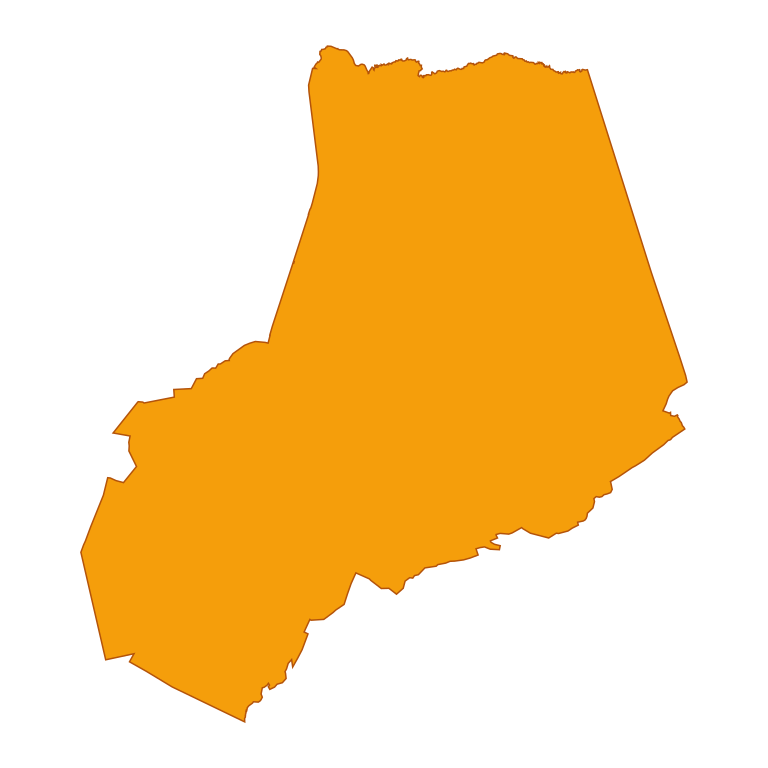 Ādažu pag., Ādaži, Latvia
{"feature_id": "27541924B55238306547203", "entity_name": "Ādažu pag.", "entity_type": "district", "adm_level": 2, "iso_a3": "LVA", "parent_name": "Latvia", "parent_adm1": "Ādaži", "projection": "albers", "projection_center": [24.403, 57.108], "detail": "fine", "context": "isolated", "style": "filled", "palette": "amber", "viewbox_px": 768, "rotation_deg": 0, "n_neighbors": 0, "source": "geoboundaries", "source_scale": "gbopen_adm2", "svg_char_len": 5841}
<svg xmlns="http://www.w3.org/2000/svg" viewBox="0 0 768 768"><path d="M687.1,382.1L685.6,375.4L679.5,356.5L651.3,272.4L587.4,69.7L585.3,70.1L582.6,69.4L581.9,69.8L581.9,70.9L580.5,71.9L579.7,71.4L579.9,70.3L579.6,69.7L578.7,70.0L577.5,69.8L576.7,70.6L575.5,71.0L574.7,72.4L573.8,72.4L573.1,71.8L572.4,72.2L571.1,71.9L569.9,72.8L567.3,71.7L567.0,71.8L567.0,72.8L566.2,73.0L565.5,72.5L565.3,71.5L564.6,72.0L564.0,71.5L563.0,72.4L562.4,73.8L561.1,73.8L560.6,73.3L560.6,72.3L558.7,73.3L558.2,72.8L558.5,72.1L558.3,71.7L556.1,72.1L554.9,71.1L553.6,70.6L552.9,69.4L550.9,69.3L549.5,67.3L549.7,66.1L549.4,65.7L548.9,66.5L547.9,67.1L547.1,66.9L546.8,66.1L546.0,67.1L545.3,67.1L544.9,66.0L544.3,66.4L544.0,66.1L543.7,65.6L544.1,64.7L543.4,64.4L543.2,63.8L541.9,63.9L541.8,63.5L542.1,63.0L541.8,62.5L540.9,62.8L539.9,62.3L539.8,63.1L539.4,63.5L538.2,62.3L538.0,63.3L537.6,63.6L536.3,63.4L535.8,64.1L535.0,64.2L533.5,62.6L530.7,62.3L529.5,62.6L528.2,61.8L527.2,62.1L526.2,60.9L525.6,61.3L524.8,61.1L524.1,59.9L522.9,59.7L522.3,58.8L517.7,58.5L516.0,56.9L515.1,57.0L514.4,57.9L513.6,58.1L512.9,57.3L512.8,56.9L513.1,56.3L512.8,55.8L509.4,55.3L507.7,53.8L504.4,53.0L504.2,53.2L504.7,54.2L504.1,54.8L503.4,54.2L502.2,54.4L501.5,53.7L500.1,53.4L497.4,53.9L496.6,55.2L492.9,56.1L491.7,57.1L489.9,57.7L487.3,59.7L485.4,60.0L484.8,60.6L484.3,61.9L482.5,62.9L478.9,62.3L477.8,63.2L476.9,63.3L476.3,64.3L474.9,64.3L474.2,65.0L473.6,64.6L473.4,63.6L472.1,63.8L470.7,63.1L470.0,63.6L468.9,63.3L467.9,64.1L466.7,66.2L464.1,66.9L463.6,68.5L462.1,68.4L461.7,69.3L460.2,69.3L457.9,68.2L457.0,68.7L456.2,69.8L454.6,69.2L453.7,70.0L452.2,70.1L451.4,70.8L449.9,70.8L448.1,71.5L447.3,71.3L446.7,70.3L446.1,70.3L445.3,71.6L444.7,71.8L443.1,71.2L441.9,71.5L439.3,70.6L437.3,71.2L436.6,72.8L434.9,73.8L432.1,71.9L431.7,72.4L431.7,74.1L431.2,75.1L430.4,75.3L428.4,74.7L426.3,74.8L425.9,75.7L423.7,75.6L423.4,75.9L423.9,77.0L423.2,77.7L422.3,77.1L421.8,75.8L421.2,75.3L420.3,75.3L419.5,76.6L418.1,75.6L418.1,75.1L418.5,74.1L418.4,73.3L418.8,72.4L419.0,71.0L420.7,70.5L421.1,69.6L422.2,68.9L421.3,67.1L421.4,65.3L420.2,65.5L419.7,64.2L418.7,63.2L418.6,62.7L418.9,62.0L418.8,61.3L418.1,61.2L416.5,62.1L415.6,61.4L415.5,60.3L415.0,59.8L412.1,60.0L410.9,59.4L408.3,59.8L407.7,59.2L407.7,58.1L407.4,58.0L407.1,58.5L406.5,58.8L406.2,60.0L404.5,60.9L402.9,61.0L401.4,60.2L401.8,59.5L401.6,59.2L400.6,59.4L400.0,60.0L398.6,59.9L397.9,61.0L395.9,60.7L395.4,61.9L394.4,61.9L392.3,62.7L392.1,63.5L391.6,63.8L391.4,63.3L389.8,63.9L389.0,63.1L387.9,63.8L388.1,64.6L387.1,64.3L385.9,65.0L384.7,65.0L384.0,64.0L382.6,65.1L381.3,64.5L381.5,65.4L381.2,65.8L379.8,65.3L379.2,65.5L379.4,65.7L378.2,66.2L378.0,67.2L377.7,67.4L376.4,67.3L377.3,65.8L377.0,65.0L375.5,65.5L374.9,65.2L374.7,65.7L375.2,67.4L374.2,68.9L374.0,70.1L373.5,69.5L373.4,67.9L372.1,67.1L369.4,71.2L368.7,73.5L368.2,73.6L367.9,71.7L367.0,70.4L365.1,66.0L364.1,64.8L362.2,64.2L361.0,64.3L358.4,66.0L355.6,65.4L354.3,63.4L353.4,60.1L352.3,57.8L347.9,51.8L346.6,50.7L344.0,49.9L339.7,49.8L338.2,49.3L337.8,48.6L337.0,48.8L331.0,46.3L327.4,46.1L327.4,46.7L326.1,47.2L325.3,48.7L323.1,49.4L321.8,49.4L320.9,51.2L320.0,51.4L319.8,54.4L320.8,55.9L321.2,57.6L321.2,59.1L318.7,62.3L317.6,62.0L317.2,62.9L315.9,64.1L314.1,67.2L315.9,68.5L312.6,68.4L308.6,85.1L309.0,91.9L318.2,166.0L318.4,171.8L318.3,175.7L317.3,183.5L312.3,203.1L310.8,208.0L310.0,209.3L308.4,214.2L308.7,214.3L293.3,262.0L294.1,261.9L293.7,263.2L293.0,263.0L272.3,326.4L269.8,335.1L270.1,335.2L268.1,343.1L265.2,342.4L255.3,341.5L249.8,343.2L244.4,345.4L233.0,353.6L229.7,358.2L229.1,359.5L229.3,360.5L225.2,360.8L220.3,364.0L218.2,364.0L215.7,368.1L212.1,368.0L208.8,371.0L204.7,373.7L202.7,378.3L196.5,378.7L191.3,388.6L173.8,389.5L174.3,397.1L144.1,403.0L142.8,402.1L138.3,401.7L137.8,402.0L113.1,433.0L130.1,436.0L128.8,442.3L129.2,445.9L128.9,451.0L136.5,466.5L123.5,482.6L116.0,480.6L110.3,478.0L107.7,477.7L103.4,495.2L90.8,526.5L85.4,541.0L83.6,544.9L80.9,552.3L105.7,659.8L134.0,653.7L129.5,661.8L146.3,671.3L172.1,686.9L244.7,721.9L244.6,718.5L245.4,716.9L245.3,715.6L245.5,715.4L245.6,713.8L245.9,713.2L245.9,711.5L246.2,711.2L246.4,711.5L246.8,710.7L246.2,710.1L247.1,709.2L247.2,707.9L248.0,706.8L248.8,705.8L252.5,703.1L253.4,701.8L258.3,702.1L259.9,701.1L261.0,699.8L262.3,697.2L261.1,694.0L262.3,687.8L264.1,687.3L267.1,685.2L268.4,683.3L269.5,685.1L268.3,686.7L269.8,689.4L274.6,687.1L277.1,684.2L282.4,682.7L286.1,678.5L285.5,673.1L285.0,671.7L286.5,669.0L288.2,663.4L291.6,659.6L292.7,667.0L297.6,658.3L302.1,649.7L308.0,633.9L304.1,632.0L309.9,619.4L311.0,620.2L323.8,619.4L333.2,612.4L335.8,610.0L344.1,604.4L347.5,593.8L351.1,583.6L355.9,572.9L369.4,578.9L370.8,580.4L381.3,588.5L388.9,588.3L396.5,594.2L403.2,588.3L405.1,581.1L409.7,577.7L412.8,578.1L414.5,575.6L418.4,574.7L424.9,567.9L436.2,566.2L437.8,564.6L445.7,563.1L450.1,561.3L454.7,561.1L463.5,559.9L470.2,558.0L478.1,555.0L476.0,548.8L480.0,547.6L484.5,546.9L490.2,549.2L499.4,549.7L500.2,545.7L494.5,544.3L491.2,542.4L490.6,541.7L490.4,540.8L497.5,538.0L496.1,535.2L496.1,534.5L500.1,533.4L508.8,534.1L512.2,532.9L521.6,527.6L522.7,528.6L530.4,533.2L548.7,538.0L556.3,533.2L558.6,533.5L568.0,531.0L572.3,528.1L578.3,525.1L577.6,522.2L583.2,521.0L585.0,520.0L586.2,518.4L587.0,516.2L587.4,513.2L592.9,508.0L594.5,501.6L593.9,498.6L596.2,496.6L599.4,497.2L601.9,496.6L604.0,494.7L607.2,493.9L610.6,492.6L612.2,489.4L610.7,482.3L610.4,481.6L618.9,476.6L632.1,467.6L635.5,465.8L644.5,460.1L652.3,453.0L663.7,444.7L668.1,440.4L669.8,440.0L670.8,439.4L672.4,437.4L684.8,429.0L683.7,427.1L682.4,425.7L681.3,422.6L679.9,420.9L679.2,419.1L677.7,417.0L677.5,416.1L677.8,415.5L677.3,414.9L674.4,416.3L670.7,415.5L670.5,412.4L669.3,413.1L662.9,410.8L666.2,403.8L667.6,399.2L669.0,396.0L672.6,390.8L677.9,387.5L684.0,384.7L687.1,382.1Z" fill="#f59e0b" stroke="#b45309" stroke-width="1.5"/></svg>